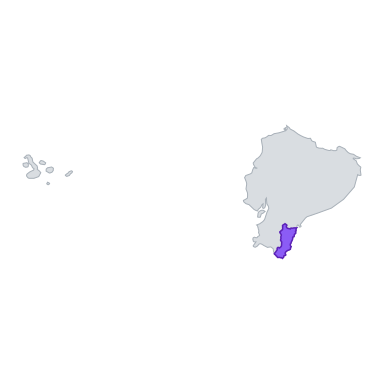 where Zamora Chinchipe sits in Ecuador
{"feature_id": "ECU-1269", "entity_name": "Zamora Chinchipe", "entity_type": "Province", "adm_level": 1, "iso_a3": "ECU", "parent_name": "Ecuador", "parent_adm1": "", "projection": "albers", "projection_center": [-78.963, -4.167], "detail": "fine", "context": "in_parent", "style": "filled", "palette": "violet", "viewbox_px": 384, "rotation_deg": 0, "n_neighbors": 0, "source": "natural_earth", "source_scale": "10m", "svg_char_len": 6311}
<svg xmlns="http://www.w3.org/2000/svg" viewBox="0 0 384 384"><path d="M360.3,157.8L359.2,158.5L356.4,158.8L354.2,158.1L353.3,158.1L353.2,158.8L356.1,160.7L357.4,164.0L359.4,166.0L360.7,167.0L360.8,167.7L360.4,169.0L360.3,170.1L361.0,175.1L360.5,175.4L358.9,175.4L357.7,174.6L354.3,187.0L343.6,199.3L331.4,208.1L317.4,213.2L307.1,216.7L305.5,218.0L300.5,224.2L300.3,224.9L301.0,225.9L301.0,226.6L300.3,227.0L299.6,227.1L299.3,226.8L299.1,226.0L298.4,225.2L297.6,225.0L297.2,225.2L297.1,225.9L296.1,229.3L296.1,230.9L295.6,231.5L295.7,233.0L294.6,234.4L293.8,236.6L293.0,237.3L291.9,240.8L290.3,244.3L290.2,245.5L290.7,246.3L290.9,247.0L290.2,249.2L286.6,251.3L285.6,252.3L285.3,253.4L285.5,254.4L285.4,255.2L284.3,255.5L283.1,257.5L282.2,258.0L279.9,257.3L278.3,257.3L277.0,256.7L274.4,253.3L273.5,251.4L273.2,248.7L270.7,246.9L267.4,247.4L266.4,246.8L264.0,245.6L262.0,244.3L260.4,243.7L259.2,244.0L257.2,246.2L255.4,247.2L254.6,247.1L253.4,246.5L253.2,245.7L256.0,241.9L253.9,241.8L253.2,241.0L253.1,240.1L252.8,239.1L253.2,237.8L254.3,237.2L255.9,237.7L257.0,237.7L257.8,236.6L259.3,235.7L259.6,235.1L258.8,233.2L258.5,232.2L258.8,231.7L258.7,229.7L258.2,228.9L258.2,227.8L257.8,227.2L257.6,225.8L256.6,225.0L259.9,223.7L261.2,222.7L262.7,221.7L264.0,220.3L264.8,218.9L266.9,212.5L268.8,208.4L268.4,206.4L266.9,203.8L266.5,199.9L266.6,198.8L266.4,197.9L265.4,199.5L265.7,205.2L264.7,207.8L263.4,208.4L262.6,207.9L263.1,203.8L262.1,204.5L260.6,207.4L258.1,209.5L258.0,210.2L257.4,211.0L255.4,210.2L254.0,209.4L249.1,204.7L246.0,203.7L244.0,202.1L243.6,201.4L243.4,200.4L245.4,199.4L247.4,198.1L247.6,195.2L247.5,192.9L246.0,189.0L246.7,183.9L246.3,181.9L244.6,177.6L245.8,175.5L250.3,173.9L251.8,172.9L252.8,169.5L253.8,167.5L255.8,168.3L257.3,168.2L255.2,167.4L253.5,164.4L253.2,163.0L256.5,158.9L258.3,157.8L260.4,155.6L262.2,152.3L262.6,147.0L261.9,143.3L261.3,139.4L262.4,138.3L265.1,137.8L267.3,136.5L268.5,135.4L271.1,135.5L274.1,133.7L279.0,132.8L285.8,130.7L287.3,128.9L286.6,125.6L289.2,127.6L290.3,129.1L293.8,130.9L297.9,134.0L300.7,135.6L303.6,137.0L307.9,138.5L310.5,138.3L311.6,140.6L312.6,141.3L315.1,142.1L315.4,142.4L316.3,146.7L316.8,147.4L319.0,148.1L321.6,148.3L322.6,148.2L324.9,149.4L328.5,150.4L329.8,150.5L330.4,150.4L330.6,149.9L331.6,150.0L333.2,150.6L335.4,150.7L336.8,150.2L337.1,147.7L337.6,147.2L339.2,146.3L340.0,146.5L344.2,148.5L345.1,149.1L346.1,150.5L348.1,152.5L350.2,153.7L353.5,154.3L356.6,156.4L360.3,157.8ZM30.8,156.9L32.1,158.2L32.9,162.0L37.1,165.9L37.6,168.1L37.2,169.1L37.5,169.5L39.5,171.1L40.8,172.7L38.7,176.6L34.0,178.3L29.1,178.3L28.1,177.9L26.8,176.4L26.5,175.1L27.2,173.9L29.8,171.9L33.6,170.1L34.1,168.8L32.5,167.6L31.4,165.1L28.9,163.3L27.6,157.9L26.8,157.7L25.1,158.5L24.3,157.8L24.1,157.5L25.9,156.2L26.3,155.3L28.9,154.9L30.1,155.5L30.8,156.9ZM50.4,172.9L49.3,173.0L46.1,171.1L46.2,169.1L47.5,167.8L51.6,167.0L53.4,168.2L53.2,170.6L51.9,172.3L50.8,172.6L50.4,172.9ZM260.5,216.5L260.1,217.3L258.2,217.2L257.6,217.0L258.1,213.2L258.6,212.0L260.2,210.8L261.6,210.2L263.3,210.3L265.1,211.4L262.9,213.3L261.3,213.9L260.5,216.5ZM27.8,166.9L25.7,167.3L24.0,166.6L23.2,165.5L23.0,163.9L23.2,163.4L27.0,162.7L28.3,164.1L28.3,166.1L27.8,166.9ZM69.3,175.5L66.8,176.4L65.5,175.6L65.3,175.1L66.7,173.9L68.0,173.1L69.1,171.7L71.3,170.8L71.9,171.0L72.3,171.3L72.5,171.8L71.8,172.9L70.5,173.8L69.3,175.5ZM45.3,164.0L44.4,164.7L40.5,164.0L39.2,162.8L40.2,161.2L41.0,160.5L43.3,161.1L45.7,162.9L45.3,164.0ZM48.7,184.6L47.9,184.7L46.7,183.8L47.6,182.2L49.2,183.0L49.6,183.6L48.7,184.6ZM285.6,129.8L284.5,129.9L283.9,128.9L285.3,127.8L285.8,127.6L285.6,129.8Z" fill="#d9dde1" stroke="#a8b0b8" stroke-width="1"/><path d="M296.6,227.9L296.5,228.0L296.2,228.8L296.0,229.3L296.0,229.7L296.0,230.4L296.1,230.8L296.0,231.0L295.9,231.1L295.6,231.2L295.5,231.3L295.5,231.6L295.8,232.9L295.7,233.3L295.2,233.8L294.7,234.0L294.4,234.5L294.3,234.9L294.1,236.4L294.1,236.6L293.7,236.8L293.4,236.9L293.2,236.9L292.9,237.0L292.7,237.2L292.6,237.5L292.7,238.7L292.4,239.7L291.2,242.3L291.0,243.2L290.8,243.6L290.4,243.9L290.3,244.3L290.3,245.1L290.5,245.8L290.7,246.2L291.2,246.5L291.1,246.9L290.8,247.3L290.5,247.7L290.5,248.1L290.5,248.5L290.5,248.9L290.3,249.3L289.7,249.6L289.5,249.8L287.6,250.5L286.8,251.0L285.8,251.9L285.4,252.4L285.2,253.0L285.2,253.5L285.7,254.4L285.8,254.9L285.6,255.3L285.1,255.5L284.6,255.5L284.2,255.6L283.9,255.9L283.7,256.9L283.6,257.3L283.0,257.9L282.4,258.4L282.1,258.0L281.8,257.8L281.6,257.7L281.4,257.7L281.1,257.8L280.9,257.8L280.5,257.7L279.8,257.5L279.5,257.4L279.0,257.4L278.0,257.5L277.5,257.4L277.3,257.0L277.0,256.6L276.8,256.2L276.6,256.1L276.2,255.9L275.9,255.6L275.8,255.2L275.7,255.0L275.3,254.8L274.9,254.5L274.5,254.3L274.4,253.8L274.3,253.4L274.5,253.3L275.4,252.4L276.1,251.3L276.3,251.0L277.0,250.1L277.1,249.8L277.2,249.6L277.2,249.3L277.1,249.0L277.1,248.8L277.2,248.1L277.5,247.9L277.7,247.7L277.8,247.5L277.9,247.4L278.1,247.4L278.3,247.4L278.5,247.5L278.8,247.5L279.0,247.6L279.2,247.8L279.4,247.9L279.6,247.9L279.8,247.6L280.1,247.5L280.3,247.4L280.6,247.2L280.7,246.9L281.0,246.5L281.3,246.3L281.4,246.1L281.5,245.3L281.6,244.9L281.6,244.4L281.5,244.1L281.7,243.0L281.6,242.4L281.7,242.2L281.6,241.8L281.6,241.7L281.3,241.2L281.2,241.0L280.9,240.9L280.7,240.8L280.7,240.7L280.6,240.4L280.6,240.1L280.6,239.7L280.9,238.6L281.0,238.3L280.9,237.6L280.8,237.2L280.9,236.5L281.0,236.1L281.2,235.6L281.3,235.4L281.3,235.2L281.3,234.8L281.2,234.7L281.0,234.2L280.6,233.8L280.4,233.5L280.1,232.8L279.9,232.4L279.8,232.2L279.8,231.9L280.0,231.8L280.1,231.7L280.2,231.8L280.4,231.7L280.5,231.7L280.7,231.4L280.7,231.1L280.8,230.9L281.1,230.7L281.7,230.1L282.0,230.1L282.3,229.9L282.5,229.6L282.7,228.4L282.6,227.7L282.6,227.4L282.7,227.2L282.8,226.8L282.8,226.6L282.7,226.5L282.6,226.4L282.5,226.1L282.5,225.9L282.5,225.7L282.8,225.2L283.1,225.0L283.4,224.7L284.6,224.1L285.0,223.7L286.7,224.9L286.8,225.0L286.9,225.3L286.8,225.5L286.5,225.8L286.4,225.9L286.4,226.0L286.3,226.3L286.4,226.6L286.5,226.9L286.5,227.1L286.5,227.3L286.7,227.5L286.9,227.7L287.0,227.8L287.1,228.0L287.4,228.3L288.0,228.4L288.8,228.6L289.5,228.7L289.7,228.8L290.1,228.9L290.4,228.9L290.5,228.7L290.7,228.3L290.8,228.2L291.0,228.1L291.3,228.1L292.1,228.2L292.5,228.2L294.0,227.9L296.5,227.9L296.6,227.9Z" fill="#8b5cf6" stroke="#5b21b6" stroke-width="1.5"/></svg>